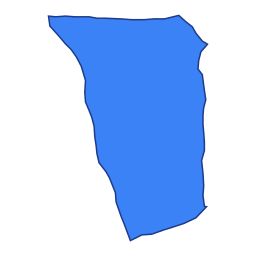 outline of Vothylakas, Cyprus
{"feature_id": "46923920B71614438662685", "entity_name": "Vothylakas", "entity_type": "district", "adm_level": 2, "iso_a3": "CYP", "parent_name": "Cyprus", "parent_adm1": "", "projection": "mercator", "projection_center": [34.194, 35.469], "detail": "fine", "context": "isolated", "style": "filled", "palette": "blue", "viewbox_px": 256, "rotation_deg": 0, "n_neighbors": 0, "source": "geoboundaries", "source_scale": "gbopen_adm2", "svg_char_len": 881}
<svg xmlns="http://www.w3.org/2000/svg" viewBox="0 0 256 256"><path d="M178.8,15.4L164.5,18.9L153.9,18.9L143.9,19.7L131.8,19.7L121.1,18.9L104.7,18.2L96.9,18.2L89.1,16.8L74.8,16.8L65.6,16.1L55.6,16.8L48.5,16.1L49.9,26.1L57.7,34.7L65.6,44.0L71.3,49.7L76.3,56.8L81.2,66.1L85.5,80.4L84.8,92.6L85.5,101.9L89.1,110.5L91.9,117.6L94.1,126.2L94.8,136.9L96.2,146.2L96.9,153.4L99.0,162.7L106.2,172.0L109.7,178.4L115.4,192.7L116.1,202.0L121.1,216.3L124.0,223.5L127.5,232.8L130.4,240.6L141.8,234.9L151.7,234.2L163.8,229.9L175.2,226.3L183.8,223.5L195.9,217.8L206.5,206.7L204.4,206.3L203.0,195.6L203.7,185.6L203.0,173.4L201.6,160.5L204.4,150.5L204.4,141.9L203.7,132.6L203.0,124.8L203.0,114.8L203.7,107.6L205.8,99.8L204.4,90.5L202.3,74.7L198.0,69.0L198.7,60.4L200.9,51.8L207.5,44.2L202.3,41.1L195.9,33.2L192.3,26.8L185.9,21.8L178.8,15.4Z" fill="#3b82f6" stroke="#1e3a8a" stroke-width="1.5"/></svg>